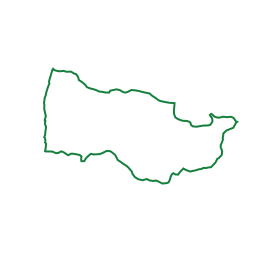 Germasogeia, Limassol, Cyprus, rotated 120°
{"feature_id": "46923920B41569206347275", "entity_name": "Germasogeia", "entity_type": "district", "adm_level": 2, "iso_a3": "CYP", "parent_name": "Cyprus", "parent_adm1": "Limassol", "projection": "natural_earth1", "projection_center": [33.082, 34.721], "detail": "fine", "context": "isolated", "style": "outline", "palette": "green", "viewbox_px": 256, "rotation_deg": 120, "n_neighbors": 0, "source": "geoboundaries", "source_scale": "gbopen_adm2", "svg_char_len": 2477}
<svg xmlns="http://www.w3.org/2000/svg" viewBox="0 0 256 256"><g transform="rotate(120 128 128)"><path d="M68.2,36.6L68.3,37.9L66.5,41.6L66.8,44.5L68.9,47.3L70.9,51.6L71.8,52.4L72.4,53.0L74.1,55.2L74.9,58.8L74.3,61.1L74.1,62.9L75.8,63.6L76.6,62.4L77.0,60.7L78.4,59.3L80.2,58.1L84.0,58.3L85.2,59.3L86.5,61.1L88.0,63.7L92.7,69.4L94.2,72.8L93.8,75.0L92.4,76.3L91.9,77.9L92.6,80.8L94.4,84.3L95.0,87.1L95.3,89.8L95.1,92.3L93.9,93.9L92.6,95.3L90.4,96.7L83.2,100.1L85.6,105.1L87.6,110.8L88.7,114.5L88.2,119.7L88.0,123.3L87.3,126.6L88.5,130.1L89.6,133.6L90.5,137.0L92.2,141.6L93.5,144.1L95.5,145.4L97.7,146.9L99.1,148.9L99.3,151.3L99.3,154.2L100.3,157.3L104.5,162.0L106.7,162.0L108.5,165.2L109.5,168.3L110.7,170.7L111.2,175.1L111.9,178.1L112.7,180.8L113.1,184.0L112.1,186.2L111.4,189.5L111.1,192.8L111.1,194.4L108.7,196.8L107.3,199.9L107.8,202.1L107.7,205.6L109.5,208.5L110.2,209.9L110.7,212.3L112.2,214.3L113.4,216.1L114.2,218.7L114.7,221.1L114.2,222.5L115.2,222.6L125.6,220.1L127.3,219.6L128.9,218.3L132.5,217.8L134.5,217.4L137.9,216.6L140.1,215.8L141.5,215.5L143.5,215.2L146.2,214.1L148.2,213.3L150.0,211.9L153.3,210.1L154.6,209.0L155.4,208.2L157.7,206.2L158.7,205.1L162.9,204.1L163.3,202.9L164.3,202.8L165.8,202.1L166.8,201.0L167.8,199.7L169.9,198.7L172.5,197.7L174.6,196.7L175.4,196.3L177.8,196.0L178.3,194.8L180.1,193.3L181.2,192.8L182.0,192.6L182.1,192.1L182.5,191.1L183.7,190.5L184.8,190.1L186.4,189.3L189.5,188.3L189.5,187.9L189.5,187.6L188.7,186.3L186.2,181.6L185.8,177.8L184.5,175.9L181.6,174.2L181.2,171.5L181.4,168.5L181.5,166.9L181.0,165.7L179.0,164.8L177.7,162.6L176.7,159.9L175.5,156.3L175.9,154.1L178.2,153.1L180.0,151.8L178.7,149.4L174.8,149.2L171.2,148.1L169.0,147.3L168.1,144.6L164.8,139.5L162.9,137.9L158.4,134.9L156.9,131.5L157.7,125.7L159.3,123.2L160.8,121.0L161.0,118.0L161.4,113.8L161.5,110.3L162.2,107.5L163.1,104.9L163.8,103.0L165.3,101.4L167.0,97.8L167.3,93.9L167.1,93.0L166.3,90.6L165.9,89.2L162.8,86.2L162.6,83.1L161.3,79.7L159.5,77.5L159.1,74.5L158.9,70.4L156.2,66.7L154.9,65.7L151.8,65.9L148.4,66.8L146.0,66.8L144.5,66.2L144.6,63.9L143.3,61.3L140.7,61.1L135.4,59.8L135.4,57.4L135.3,56.8L135.1,55.0L134.6,52.4L132.0,49.6L130.7,48.1L128.2,45.9L127.0,44.1L126.6,43.9L124.7,42.5L123.7,40.4L122.0,38.7L120.4,36.5L114.2,35.0L110.1,35.2L108.4,34.3L104.9,33.4L104.0,33.5L100.9,34.9L99.9,36.1L98.6,37.9L96.6,39.1L93.4,39.5L90.5,40.0L89.1,41.2L88.0,41.3L85.0,42.7L80.9,41.5L75.1,36.9L69.2,37.1L68.2,36.6Z" fill="none" stroke="#15803d" stroke-width="2"/></g></svg>